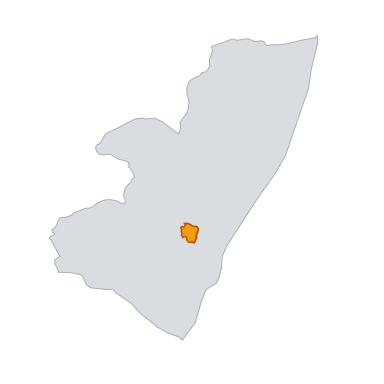 Gibi, Margibi, Liberia (highlighted), rotated 261°
{"feature_id": "62588387B31480436327445", "entity_name": "Gibi", "entity_type": "district", "adm_level": 2, "iso_a3": "LBR", "parent_name": "Liberia", "parent_adm1": "Margibi", "projection": "albers", "projection_center": [-10.006, 6.564], "detail": "fine", "context": "in_parent", "style": "filled", "palette": "amber", "viewbox_px": 384, "rotation_deg": 261, "n_neighbors": 0, "source": "geoboundaries", "source_scale": "gbopen_adm2", "svg_char_len": 4672}
<svg xmlns="http://www.w3.org/2000/svg" viewBox="0 0 384 384"><g transform="rotate(261 192 192)"><path d="M47.2,159.3L51.0,156.2L56.5,146.0L64.2,136.2L71.3,130.5L77.0,124.5L83.0,120.0L91.6,114.6L104.7,100.6L107.8,99.0L109.9,89.3L113.2,76.9L117.0,73.1L126.0,70.8L128.0,68.6L131.2,59.9L133.3,49.8L133.4,47.6L137.0,47.3L143.0,45.1L146.5,46.1L148.0,49.0L148.8,51.5L167.0,45.2L168.6,43.9L169.6,44.1L171.9,49.8L173.2,49.4L174.3,47.8L175.5,47.6L176.9,48.4L178.3,51.1L180.7,53.4L184.6,55.1L187.1,57.4L186.8,63.5L187.8,69.5L189.5,70.8L190.4,74.4L190.9,78.3L191.8,80.3L192.5,84.2L192.2,88.4L192.9,91.4L195.8,96.5L197.6,102.9L197.6,107.5L196.6,112.3L194.7,116.7L191.3,121.5L191.0,123.3L193.0,124.6L196.1,124.8L198.6,123.8L205.1,126.0L208.5,129.2L211.5,133.1L214.1,135.0L215.4,137.5L220.0,136.8L225.3,134.4L226.4,133.3L228.0,133.9L231.4,134.1L233.8,129.9L235.7,125.0L239.8,119.6L241.9,117.6L242.4,114.2L242.6,109.8L244.1,106.0L247.5,103.9L251.2,103.9L253.2,104.7L254.2,108.4L257.2,111.2L259.7,113.1L261.0,113.9L263.2,116.1L265.2,123.5L273.1,147.4L272.8,154.0L271.2,158.3L271.2,162.5L270.7,166.7L265.9,173.6L251.7,187.6L252.8,188.8L256.2,190.4L259.6,191.2L262.5,190.8L266.1,194.3L269.9,198.6L274.0,200.9L279.9,202.9L285.0,203.1L289.4,202.3L295.5,203.2L302.1,206.8L304.5,212.8L306.0,218.0L308.3,220.6L308.7,225.2L313.3,229.1L320.0,229.9L328.6,234.5L330.8,234.2L331.8,233.6L332.8,234.5L335.1,248.0L336.8,255.1L335.9,258.0L334.8,260.3L334.8,271.1L330.9,277.4L330.3,284.3L329.2,286.5L325.0,288.5L325.0,293.7L323.9,300.1L323.5,306.8L324.8,324.5L325.1,337.7L327.0,340.1L318.8,339.1L294.9,329.1L276.4,323.4L214.6,290.7L197.5,277.5L177.7,257.8L133.8,218.2L123.8,211.9L111.2,208.8L103.4,205.4L98.0,201.7L93.5,190.7L82.6,184.2L62.4,174.8L47.2,159.3Z" fill="#d9dde1" stroke="#a8b0b8" stroke-width="1"/><path d="M149.7,190.3L150.0,190.4L150.3,190.3L150.4,190.5L150.5,190.4L150.5,190.7L150.5,190.9L151.1,191.1L151.3,191.0L151.4,191.4L151.7,191.4L151.8,191.5L151.7,191.6L151.9,191.7L152.1,191.6L152.5,191.7L152.8,191.5L153.1,191.8L153.3,192.1L153.5,192.2L153.7,192.3L154.0,192.4L154.1,192.5L154.3,192.6L154.7,192.6L154.8,192.5L154.9,192.3L155.2,192.1L155.3,192.1L155.5,192.1L155.8,192.1L156.1,191.9L156.3,191.9L156.5,191.8L156.7,191.7L156.8,191.6L156.7,191.5L156.9,191.3L157.0,191.3L157.0,191.2L157.1,190.8L157.1,190.6L157.4,190.5L157.5,190.5L157.5,190.3L157.4,190.0L157.3,189.8L157.2,189.7L157.3,189.5L157.4,189.3L157.5,189.2L157.7,188.8L157.7,188.7L157.6,188.4L157.7,188.2L157.8,188.2L158.1,188.0L158.2,187.9L158.3,187.5L158.4,187.4L158.5,187.1L158.9,186.6L159.0,186.5L159.0,186.3L159.0,186.0L159.4,185.9L159.6,185.9L159.8,185.7L160.1,185.4L160.2,185.2L160.3,185.1L160.4,184.8L160.4,184.7L160.6,184.7L160.7,184.3L160.8,184.0L160.8,183.9L160.9,183.6L161.1,183.5L161.2,183.3L161.3,183.3L161.5,183.0L161.6,182.8L161.8,182.6L161.9,182.4L161.9,182.2L161.8,180.3L161.9,180.2L162.0,180.0L162.1,179.8L162.2,179.6L161.7,179.7L161.6,179.9L161.2,180.5L161.0,180.8L160.9,180.7L160.6,180.4L160.4,180.2L160.1,180.0L160.0,179.9L159.9,179.8L159.8,179.7L159.7,179.6L159.2,179.3L158.9,179.2L158.7,178.3L158.7,178.2L158.8,178.1L158.9,177.9L159.0,177.7L159.2,177.3L159.3,176.5L159.2,176.3L159.2,176.1L159.1,175.8L159.0,175.7L158.9,175.6L158.7,175.5L158.6,175.4L158.2,175.4L157.5,175.8L157.4,175.8L156.7,176.0L156.4,176.0L156.2,176.0L156.0,175.7L155.9,175.6L155.5,175.3L155.1,175.2L154.9,175.2L154.0,175.5L153.9,175.5L153.4,175.8L152.9,175.6L152.6,175.5L152.3,175.5L151.8,175.4L151.3,175.0L151.2,175.0L150.8,174.9L150.5,175.0L150.4,175.0L150.2,175.1L149.9,175.3L149.7,175.4L149.5,175.5L149.4,175.5L149.3,175.8L149.1,176.0L148.8,176.0L148.6,176.0L148.9,176.3L149.1,177.0L149.2,178.0L149.0,178.3L149.0,178.5L148.2,179.2L147.9,179.4L147.7,179.5L147.0,179.5L146.9,179.5L146.5,179.4L146.3,179.4L145.8,179.5L145.0,179.5L144.5,179.9L144.1,180.2L143.6,180.3L143.2,180.5L142.9,181.0L142.6,181.7L142.5,182.2L142.3,182.5L142.4,182.8L142.9,183.4L143.0,183.6L142.7,184.2L142.3,184.5L141.9,184.9L141.8,185.2L141.8,185.3L141.7,185.4L141.5,185.6L141.4,185.8L141.4,186.0L141.6,186.3L141.9,186.6L142.1,186.9L142.4,186.9L142.5,186.9L142.5,187.1L142.6,187.3L142.6,187.5L142.8,187.7L143.1,187.6L143.3,187.6L143.5,187.6L143.7,187.8L143.8,187.9L144.0,187.9L144.4,188.0L144.5,188.1L144.7,188.3L144.8,188.6L145.0,188.8L145.2,189.2L145.3,189.2L145.6,189.2L145.7,189.3L145.8,189.5L146.0,189.4L146.2,189.2L146.3,189.1L146.4,188.9L146.4,188.7L146.5,188.7L146.6,188.8L146.8,188.7L147.0,188.8L146.9,188.9L147.0,188.9L147.3,188.9L147.4,189.0L147.5,189.2L147.5,189.3L147.7,189.2L147.9,189.1L148.0,189.1L148.5,189.5L148.9,189.7L149.1,189.9L149.1,190.1L149.4,190.2L149.7,190.3L149.7,190.3Z" fill="#f59e0b" stroke="#b45309" stroke-width="1.5"/></g></svg>